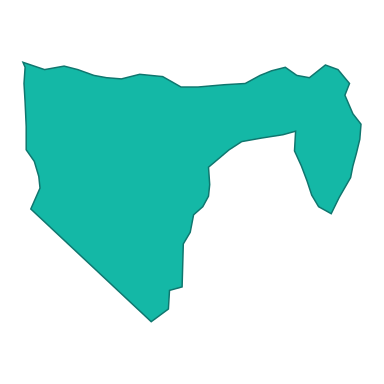 outline of Agios Epiktitos, Cyprus
{"feature_id": "46923920B11647519105740", "entity_name": "Agios Epiktitos", "entity_type": "district", "adm_level": 2, "iso_a3": "CYP", "parent_name": "Cyprus", "parent_adm1": "", "projection": "natural_earth1", "projection_center": [33.422, 35.313], "detail": "fine", "context": "isolated", "style": "filled", "palette": "teal", "viewbox_px": 384, "rotation_deg": 0, "n_neighbors": 0, "source": "geoboundaries", "source_scale": "gbopen_adm2", "svg_char_len": 847}
<svg xmlns="http://www.w3.org/2000/svg" viewBox="0 0 384 384"><path d="M26.2,149.8L34.3,161.4L38.8,176.5L40.0,188.1L30.8,209.0L151.2,321.7L168.4,309.0L169.5,290.4L182.1,286.9L183.3,243.9L190.2,232.3L193.6,214.8L202.8,206.7L208.5,196.2L209.7,184.6L208.5,167.2L229.1,149.8L241.7,141.6L261.2,138.1L283.0,134.7L295.6,131.2L294.5,150.9L301.4,166.0L307.1,181.1L311.7,195.1L318.6,206.7L331.2,213.7L339.2,197.4L350.6,177.6L352.9,166.0L356.4,153.3L359.8,139.3L361.0,124.2L352.9,113.8L344.9,95.2L349.5,83.5L342.7,75.3L338.0,69.6L325.4,65.0L309.4,77.7L296.8,75.4L285.3,67.3L271.5,70.8L260.1,75.4L245.2,83.5L224.6,84.7L210.8,85.9L198.2,87.0L181.0,87.0L162.7,76.6L139.7,74.3L121.4,78.9L106.5,77.7L93.9,75.4L77.8,69.6L64.1,66.1L44.6,69.6L23.0,62.3L25.1,67.3L24.0,83.5L25.1,102.1L26.2,126.5L26.2,149.8Z" fill="#14b8a6" stroke="#0f766e" stroke-width="1.5"/></svg>